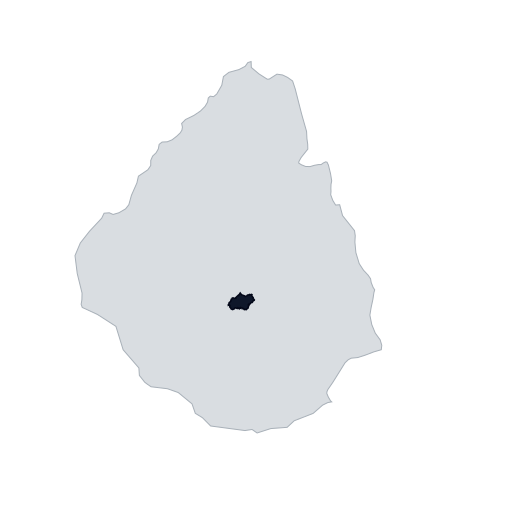 Sarandí del Yí, Durazno, Uruguay (highlighted), rotated 32°
{"feature_id": "84410073B30511027712587", "entity_name": "Sarandí del Yí", "entity_type": "district", "adm_level": 2, "iso_a3": "URY", "parent_name": "Uruguay", "parent_adm1": "Durazno", "projection": "mercator", "projection_center": [-55.569, -33.214], "detail": "fine", "context": "in_parent", "style": "filled", "palette": "ink", "viewbox_px": 512, "rotation_deg": 32, "n_neighbors": 0, "source": "geoboundaries", "source_scale": "gbopen_adm2", "svg_char_len": 4507}
<svg xmlns="http://www.w3.org/2000/svg" viewBox="0 0 512 512"><g transform="rotate(32 256 256)"><path d="M397.5,339.6L394.6,342.2L391.5,347.2L387.9,359.1L375.7,375.5L373.2,384.8L360.0,394.5L350.7,405.5L344.6,405.2L339.1,409.9L307.6,424.2L296.3,421.5L287.9,421.6L280.1,415.3L262.4,413.0L251.2,415.5L236.3,422.5L231.8,422.3L228.5,422.0L220.4,419.1L216.0,413.0L193.0,405.9L174.5,389.9L152.6,389.6L135.9,391.7L133.3,389.6L131.6,385.5L128.1,379.6L113.7,365.6L102.3,351.6L100.1,338.0L101.7,323.2L105.1,305.7L104.5,300.2L108.7,297.1L112.8,296.5L116.8,292.0L120.4,285.2L121.0,280.0L118.2,270.5L116.3,257.2L114.0,250.6L118.6,240.2L118.8,235.1L116.1,230.7L115.4,226.1L116.6,221.4L116.4,216.9L114.7,212.6L116.0,209.1L120.2,206.2L123.3,201.9L125.4,196.1L126.5,191.7L126.5,188.6L125.3,185.7L122.7,183.0L123.9,177.6L128.9,169.6L132.1,162.4L133.5,156.2L133.4,151.2L131.8,147.3L132.5,144.7L135.6,143.4L136.9,139.4L136.5,129.3L133.3,121.1L135.7,114.6L142.7,107.0L146.3,100.9L146.6,96.3L148.8,93.7L152.1,98.6L162.0,100.0L171.9,100.1L173.5,98.9L177.4,90.7L182.6,88.4L188.2,87.8L194.3,88.2L200.8,93.6L219.3,111.3L232.9,123.6L237.0,129.5L240.6,133.8L243.3,137.9L242.1,148.5L242.3,153.1L242.9,154.5L246.0,154.6L250.6,153.8L254.5,151.5L257.5,148.1L260.5,145.4L262.8,143.9L263.7,141.6L265.1,139.3L266.5,138.8L269.2,140.5L275.5,146.6L280.4,152.2L281.6,155.4L283.5,158.7L285.5,161.7L286.9,164.5L291.7,168.2L296.5,170.6L299.8,168.2L308.0,175.9L326.1,182.3L329.4,186.2L332.5,191.8L338.9,200.2L347.6,207.8L354.7,211.1L361.4,212.9L365.2,214.6L367.8,217.5L372.0,220.6L374.6,221.8L375.4,224.6L378.1,230.8L380.9,238.6L383.9,245.8L390.5,252.8L398.0,258.2L405.7,261.3L410.0,265.1L411.9,269.1L406.7,274.9L401.1,282.3L396.1,288.2L390.9,292.2L389.2,295.1L388.1,299.4L388.1,322.6L387.7,331.2L388.1,333.5L388.8,335.0L392.1,337.3L395.9,339.3L397.5,339.6Z" fill="#d9dde1" stroke="#a8b0b8" stroke-width="1"/><path d="M258.6,312.4L258.7,312.2L258.9,312.2L259.0,312.1L259.3,312.1L259.5,311.9L259.8,311.7L260.0,311.7L260.1,311.8L260.2,312.1L260.3,312.2L260.3,312.4L260.4,312.5L260.5,312.6L260.6,312.8L260.8,313.1L261.0,313.3L261.4,313.4L261.5,313.4L261.9,313.4L262.0,313.4L262.1,313.5L262.3,313.7L262.5,313.7L262.6,313.8L262.9,313.9L263.0,314.0L263.1,313.9L263.4,313.9L263.5,313.9L263.6,314.0L263.8,314.0L263.9,313.9L264.0,313.9L264.3,313.9L264.5,313.9L264.7,313.7L264.8,313.6L264.9,313.4L264.9,313.2L265.0,313.1L265.2,312.9L265.3,312.8L265.3,312.7L265.5,312.4L265.7,312.1L265.6,311.9L265.6,311.6L265.7,311.4L265.8,311.3L265.9,311.2L265.8,310.9L266.0,310.8L266.1,310.7L266.3,310.6L266.5,310.5L266.8,310.6L267.0,310.6L267.4,310.6L267.5,310.6L267.6,310.4L267.7,310.2L267.9,310.1L268.1,310.0L268.1,309.9L268.2,310.0L268.3,310.0L268.3,309.9L268.4,309.7L268.5,309.6L268.8,309.6L269.0,309.6L269.3,309.6L269.2,309.5L269.2,309.4L269.1,309.5L269.1,309.4L269.3,309.2L269.5,309.0L269.8,308.9L270.0,308.8L270.3,308.7L270.4,308.4L270.5,308.4L270.4,308.3L270.4,308.2L270.5,308.1L270.4,308.1L270.3,307.9L270.3,307.7L270.5,307.7L270.8,307.6L271.0,307.6L271.4,307.7L271.5,307.6L271.8,307.5L272.0,307.5L272.3,307.5L272.4,307.4L272.5,307.3L272.8,307.5L273.0,307.7L273.3,307.4L273.4,307.2L273.5,307.2L273.8,307.3L274.0,307.5L274.3,307.7L274.5,307.7L274.8,307.5L274.8,307.4L274.9,307.2L275.0,307.1L275.3,306.9L275.5,306.8L275.8,306.7L276.0,306.8L276.2,306.7L276.2,306.4L276.2,306.2L276.2,305.9L276.3,305.8L276.2,305.7L276.3,305.5L276.3,305.4L276.5,305.2L276.6,304.5L276.9,304.3L276.9,304.0L276.5,303.7L276.3,303.5L276.3,302.4L276.0,302.2L276.3,301.8L276.2,301.4L275.6,301.4L275.3,301.3L275.1,301.1L275.3,300.7L275.5,300.5L275.8,300.5L276.0,300.4L276.3,300.1L276.2,299.7L276.3,299.4L276.5,299.1L276.6,298.2L276.9,297.6L277.4,297.4L277.4,296.7L277.5,296.4L277.3,296.0L277.2,295.8L277.4,295.4L277.8,294.9L278.0,294.5L277.9,294.1L277.3,293.9L276.9,293.7L276.2,293.6L275.9,293.3L275.6,292.7L275.1,292.8L274.5,292.3L273.2,291.8L273.1,290.9L272.5,290.9L271.7,291.9L270.8,292.1L270.8,292.8L270.3,292.9L269.4,293.7L269.5,294.4L268.5,296.0L268.1,296.2L267.6,295.8L264.3,296.5L262.2,295.7L262.2,298.6L261.8,298.5L260.8,302.3L261.3,302.4L261.2,302.6L260.9,302.8L260.7,303.0L260.4,303.3L260.2,303.5L259.8,303.5L259.6,303.4L259.4,303.4L259.1,303.5L258.8,303.7L258.6,303.9L258.2,304.1L258.1,304.3L258.2,304.7L258.3,305.2L258.2,305.6L258.0,305.8L258.2,306.1L258.1,306.8L258.5,307.5L258.5,308.2L258.3,308.6L258.2,309.2L257.9,309.7L258.0,310.0L258.2,310.5L258.5,310.7L258.5,311.1L258.7,311.3L258.3,311.6L258.3,312.0L258.6,312.4Z" fill="#0f172a" stroke="#020617" stroke-width="1.5"/></g></svg>